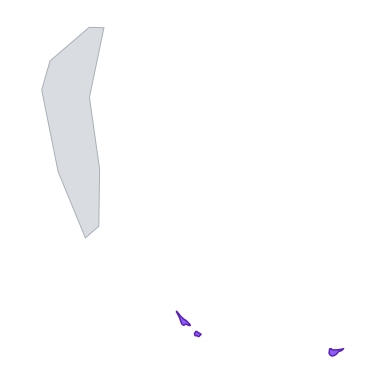 location of Amatuku, Tuvalu, rotated 179°
{"feature_id": "33948139B56482172223840", "entity_name": "Amatuku", "entity_type": "district", "adm_level": 2, "iso_a3": "TUV", "parent_name": "Tuvalu", "parent_adm1": "", "projection": "albers", "projection_center": [179.158, -8.434], "detail": "fine", "context": "in_parent", "style": "filled", "palette": "violet", "viewbox_px": 384, "rotation_deg": 179, "n_neighbors": 0, "source": "geoboundaries", "source_scale": "gbopen_adm2", "svg_char_len": 1720}
<svg xmlns="http://www.w3.org/2000/svg" viewBox="0 0 384 384"><g transform="rotate(179 192 192)"><path d="M331.7,325.5L292.0,358.4L277.2,357.8L292.9,288.4L284.0,216.5L285.8,159.4L299.4,148.0L325.5,214.7L340.5,296.7L331.7,325.5Z" fill="#d9dde1" stroke="#a8b0b8" stroke-width="1"/><path d="M56.8,26.8L56.0,26.0L55.3,25.7L54.1,25.6L52.5,26.1L51.0,27.0L50.2,27.6L49.7,28.2L49.1,28.9L48.4,29.6L47.8,30.1L46.0,30.5L45.1,31.0L43.8,32.0L43.5,32.6L44.2,32.6L45.3,32.1L46.5,32.0L48.4,31.8L49.8,31.7L52.0,31.6L53.8,31.7L54.7,32.0L55.2,32.6L55.8,32.9L57.1,32.7L57.4,31.4L57.5,29.9L57.8,28.9L57.5,27.9L57.3,27.2L56.8,26.8ZM196.2,58.6L196.1,58.8L196.2,59.1L196.3,59.4L196.4,59.6L196.6,59.9L196.8,60.2L197.1,60.4L197.3,60.5L197.5,60.8L197.8,61.0L198.2,61.6L198.6,62.0L199.2,62.7L199.5,63.0L200.0,63.4L200.6,63.8L201.1,64.2L201.4,64.4L201.8,64.6L202.5,65.1L205.6,68.1L207.4,70.5L207.5,70.7L207.8,70.9L208.0,71.2L208.2,71.5L208.6,71.8L208.9,72.4L209.0,72.6L209.2,72.8L209.3,72.9L209.5,72.9L209.6,72.6L209.6,72.3L209.2,71.7L207.8,68.9L207.2,67.6L206.7,66.7L206.3,65.6L206.0,64.4L205.1,61.8L205.0,61.5L204.9,61.2L204.6,60.5L204.4,60.2L204.2,60.0L203.9,59.7L203.6,59.5L203.4,59.2L203.1,59.1L202.9,59.0L202.6,59.0L202.4,59.0L202.0,59.2L201.8,59.3L201.6,59.4L201.3,59.5L201.1,59.7L200.7,59.9L200.3,59.9L200.0,59.9L199.8,59.9L199.5,59.8L199.3,59.6L199.1,59.4L198.7,59.2L198.2,59.0L197.6,58.7L197.4,58.7L196.9,58.5L196.6,58.5L196.2,58.6ZM187.5,47.4L187.2,47.8L186.8,48.3L186.4,48.6L185.7,49.2L185.5,49.7L186.2,50.1L186.8,50.5L187.9,51.2L188.7,51.7L189.2,52.1L189.9,52.5L190.5,52.5L191.3,51.4L192.0,50.5L191.8,49.2L191.4,48.4L191.0,48.2L190.3,48.3L189.0,47.9L187.7,47.3L187.5,47.4Z" fill="#8b5cf6" stroke="#5b21b6" stroke-width="1.5"/></g></svg>